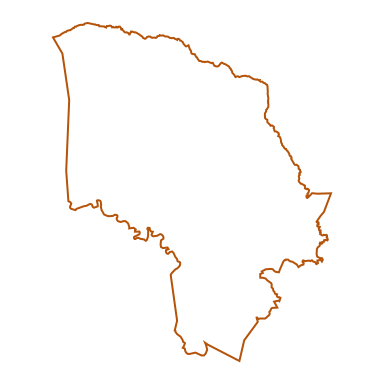 outline of Magude, Maputo, Mozambique
{"feature_id": "85939544B12261721998883", "entity_name": "Magude", "entity_type": "district", "adm_level": 2, "iso_a3": "MOZ", "parent_name": "Mozambique", "parent_adm1": "Maputo", "projection": "albers", "projection_center": [32.464, -24.759], "detail": "fine", "context": "isolated", "style": "outline", "palette": "amber", "viewbox_px": 384, "rotation_deg": 0, "n_neighbors": 0, "source": "geoboundaries", "source_scale": "gbopen_adm2", "svg_char_len": 5929}
<svg xmlns="http://www.w3.org/2000/svg" viewBox="0 0 384 384"><path d="M331.0,193.3L317.4,193.7L312.1,193.2L308.1,197.4L307.2,197.9L306.7,197.7L306.4,196.0L307.8,194.8L307.4,193.8L308.6,192.4L309.1,190.0L307.7,188.8L306.8,189.2L305.0,188.4L305.2,187.5L304.8,186.6L304.9,185.6L301.4,183.7L300.7,183.7L299.1,181.8L298.6,180.6L299.3,178.7L298.8,176.4L299.2,175.0L299.8,174.8L299.2,173.3L300.6,172.5L300.7,171.7L300.0,171.0L300.0,169.7L298.6,168.8L298.7,168.0L298.4,166.2L296.6,164.8L295.0,164.9L294.5,164.5L291.3,159.0L291.2,158.5L291.6,158.0L291.1,156.4L290.3,156.3L289.6,155.4L289.2,153.7L287.6,151.1L286.6,150.3L286.1,149.0L285.3,148.9L284.3,148.1L283.5,146.4L282.3,145.4L281.9,143.6L281.2,142.7L280.7,139.1L280.2,137.7L279.6,136.7L278.2,136.1L279.0,134.3L278.4,133.4L278.4,132.8L276.0,131.4L274.8,131.4L274.3,130.6L274.3,129.4L273.7,128.5L274.0,126.9L272.5,125.6L271.3,125.4L270.8,125.8L270.2,125.4L270.1,124.8L267.4,122.3L267.3,119.7L265.7,118.9L265.0,117.9L264.9,113.4L266.1,111.5L266.2,109.8L267.0,109.1L268.3,106.9L268.4,104.2L268.0,103.2L268.3,101.7L267.9,101.1L268.4,98.8L267.6,93.6L267.8,92.3L267.5,86.2L267.1,84.8L266.5,84.7L264.7,83.1L263.5,82.8L262.3,81.7L260.7,81.7L259.3,80.7L259.6,80.1L258.6,80.2L257.3,79.4L256.3,79.7L253.2,79.0L248.9,76.2L247.2,76.4L245.5,75.7L242.1,76.1L239.3,77.1L238.2,76.4L237.0,76.3L235.6,77.1L235.1,76.7L234.4,75.0L232.3,72.8L231.9,70.8L230.8,69.6L230.8,68.8L229.6,67.8L229.1,66.6L225.3,64.2L223.9,63.8L221.9,62.6L221.3,62.7L218.4,66.2L216.5,66.5L214.3,65.7L212.8,62.8L211.4,63.1L207.7,61.6L204.4,62.1L203.8,61.7L202.3,61.9L201.1,61.1L199.3,61.0L197.5,58.6L197.1,57.5L196.0,56.7L194.7,54.1L192.9,54.1L191.5,53.5L190.9,50.6L189.9,49.5L188.5,45.3L186.5,46.3L185.7,46.3L183.5,43.8L182.7,42.0L180.9,40.7L180.1,40.5L179.4,39.3L178.4,38.8L177.7,38.9L177.2,39.9L176.6,39.3L175.3,39.1L173.8,37.9L172.2,38.2L169.9,37.9L167.9,36.6L164.9,36.4L163.0,35.3L161.2,35.7L159.7,35.1L159.3,35.9L157.4,36.2L157.0,37.2L155.8,37.9L154.1,37.5L152.9,37.8L151.2,37.5L150.5,36.7L148.4,36.5L147.0,37.1L145.7,38.5L145.0,38.8L143.0,37.9L142.5,36.8L138.9,34.2L135.6,32.3L134.8,32.5L132.0,31.5L131.5,32.0L131.0,31.7L129.6,34.5L129.1,34.4L128.5,33.2L126.7,32.3L125.7,32.5L124.6,32.2L123.2,30.4L121.8,29.7L122.0,29.0L121.1,29.1L120.9,27.9L119.9,26.7L118.6,26.7L118.2,27.2L117.6,27.0L117.1,27.5L116.1,26.8L115.6,27.4L114.2,27.5L113.2,26.9L112.1,27.4L111.1,25.9L110.0,25.6L108.3,26.1L106.9,26.0L106.2,27.4L105.8,27.0L105.1,27.2L104.3,26.5L99.2,26.2L98.8,25.1L96.3,25.0L95.2,24.4L94.6,24.5L87.7,23.0L85.5,23.4L84.3,23.9L84.1,24.5L82.5,25.0L81.7,24.7L79.7,25.0L76.9,26.0L76.2,26.7L74.9,26.7L74.0,28.0L73.4,27.9L70.1,30.3L69.2,30.2L66.7,31.1L66.0,31.9L64.8,32.1L61.4,34.0L59.8,35.5L53.0,37.4L62.4,53.6L69.2,100.0L66.2,170.7L68.4,201.2L70.4,202.2L71.3,203.7L70.1,206.5L70.1,207.8L71.3,208.9L75.5,210.1L76.4,208.9L83.3,206.4L86.6,205.7L90.1,203.9L91.6,204.3L92.9,207.0L93.9,207.7L97.7,206.4L97.8,205.0L96.9,200.7L97.6,200.2L99.6,200.5L100.4,201.0L100.7,201.8L101.2,204.9L100.8,206.4L101.6,210.1L104.1,214.5L107.5,216.0L109.1,216.2L113.0,215.9L115.0,214.7L116.9,215.1L117.5,215.9L117.3,217.3L116.7,217.9L116.8,219.6L118.0,221.2L120.7,222.0L123.5,221.1L125.5,221.1L128.1,223.4L129.3,226.8L129.2,228.4L133.6,227.8L135.7,229.4L135.0,230.3L134.9,231.7L139.4,231.6L139.8,232.9L139.3,234.3L134.1,236.9L134.0,238.1L134.6,239.0L135.3,239.0L137.2,237.9L138.4,237.8L140.6,238.9L143.9,239.4L145.7,240.8L146.4,240.5L147.1,239.4L148.1,236.0L148.2,230.1L147.3,228.9L147.6,228.0L148.1,227.7L149.6,228.0L150.0,229.9L150.9,231.4L152.8,231.8L151.6,234.5L151.8,235.4L152.5,236.0L153.4,236.3L157.4,235.7L160.1,234.1L161.3,234.4L162.7,235.6L163.4,237.0L163.4,238.7L161.2,240.2L160.9,241.2L160.6,244.9L161.1,247.1L163.0,248.1L167.5,247.5L168.5,249.2L166.0,250.1L165.9,251.8L166.4,252.9L167.1,253.6L168.1,253.8L169.8,252.1L172.1,251.5L173.5,252.9L175.4,257.0L176.9,258.8L177.7,261.4L179.6,262.0L180.2,262.8L179.9,265.4L179.2,266.5L177.1,268.5L175.4,269.3L171.6,273.3L170.7,274.9L177.1,320.7L174.7,330.6L175.5,331.0L175.6,332.1L177.1,334.1L180.6,336.7L182.6,340.0L183.1,341.8L184.8,342.9L184.9,343.5L183.8,346.2L182.8,347.8L184.8,348.6L185.1,350.5L186.0,352.4L187.5,353.8L189.4,354.0L195.4,352.6L201.7,355.5L204.0,355.4L205.6,353.7L207.2,349.8L206.0,344.9L205.1,342.8L207.9,344.7L239.4,361.0L244.2,340.3L257.8,321.8L256.6,317.6L257.0,317.5L258.5,319.0L260.0,318.5L265.1,318.5L266.0,317.9L269.4,314.8L269.7,313.6L269.3,312.0L270.4,310.6L271.3,308.5L272.3,307.9L277.3,307.6L274.1,301.6L278.8,300.6L279.4,301.1L280.5,297.9L279.5,297.2L278.4,297.4L277.1,296.6L276.7,295.6L277.1,294.3L275.0,293.7L274.4,291.8L273.3,290.7L273.0,288.6L271.6,287.4L271.7,284.5L271.2,283.2L267.3,280.4L265.6,278.5L263.1,277.8L260.3,277.7L260.2,274.0L262.8,273.0L261.8,271.4L265.8,269.3L271.3,268.9L272.8,269.3L274.4,271.1L275.9,271.9L278.9,272.3L279.8,269.7L283.6,261.1L284.7,260.1L285.5,260.2L285.8,259.6L288.1,259.6L289.8,261.2L292.5,261.8L296.8,264.5L298.5,267.1L300.9,265.3L303.4,264.6L303.7,263.2L303.5,262.7L302.7,262.4L302.5,261.8L302.7,260.8L303.1,260.4L305.0,261.1L309.1,260.6L310.4,261.1L311.9,260.3L312.9,261.4L315.6,262.3L315.9,263.7L316.5,264.1L318.0,263.1L317.4,260.5L320.0,260.0L321.2,260.4L321.9,261.5L322.8,259.8L322.0,258.2L319.7,258.0L317.2,256.6L316.6,254.2L316.9,249.1L317.7,247.4L319.5,246.0L319.9,245.0L319.7,243.4L320.1,242.7L321.7,243.8L322.1,243.4L321.4,243.0L321.6,242.3L323.8,241.8L323.8,241.0L324.7,240.5L324.5,240.1L325.4,239.9L326.0,240.2L326.7,239.8L327.4,240.3L327.8,239.8L327.4,238.2L326.7,237.5L327.1,236.7L326.8,236.1L327.0,235.5L326.5,234.9L325.8,235.2L323.7,234.8L323.0,235.4L322.1,235.4L320.2,234.1L320.6,233.4L320.1,232.9L320.6,232.4L320.0,231.8L320.7,230.8L320.5,230.3L319.3,230.3L318.9,229.7L318.9,228.3L319.4,227.8L318.7,227.3L319.4,226.7L317.2,225.9L317.5,224.6L318.5,224.1L317.9,223.2L318.6,223.3L318.6,222.7L318.4,222.2L316.8,222.2L316.6,221.6L320.5,216.0L323.9,212.0L331.0,193.3Z" fill="none" stroke="#b45309" stroke-width="2"/></svg>